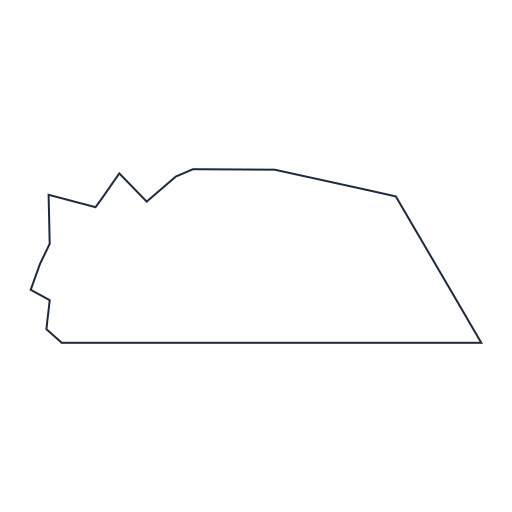 outline of Ñorquinco, Río Negro, Argentina
{"feature_id": "61730980B33253419160429", "entity_name": "Ñorquinco", "entity_type": "district", "adm_level": 2, "iso_a3": "ARG", "parent_name": "Argentina", "parent_adm1": "Río Negro", "projection": "natural_earth1", "projection_center": [-70.687, -41.707], "detail": "fine", "context": "isolated", "style": "outline", "palette": "slate", "viewbox_px": 512, "rotation_deg": 0, "n_neighbors": 0, "source": "geoboundaries", "source_scale": "gbopen_adm2", "svg_char_len": 554}
<svg xmlns="http://www.w3.org/2000/svg" viewBox="0 0 512 512"><path d="M61.7,342.8L90.8,342.8L105.0,342.8L288.7,342.8L472.2,342.8L479.1,342.8L481.3,342.8L469.2,322.1L464.0,313.1L434.6,262.8L395.8,196.4L395.4,196.3L372.6,191.2L274.7,169.7L193.0,169.2L183.9,173.1L175.9,176.5L166.9,184.2L146.7,201.6L119.3,173.4L105.4,193.4L102.7,197.3L95.5,207.2L48.6,194.8L49.7,243.8L41.4,261.0L40.0,263.9L30.7,289.8L49.7,300.2L48.1,314.5L48.0,314.9L47.0,323.7L46.8,326.0L46.4,329.2L61.2,342.3L61.7,342.7L61.7,342.8Z" fill="none" stroke="#1e293b" stroke-width="2"/></svg>